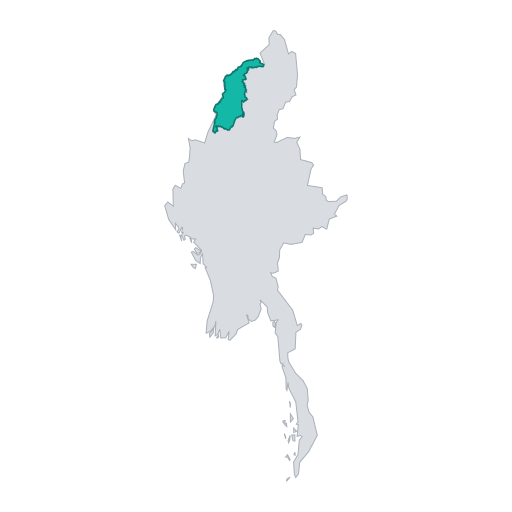 Hkamti, Sagaing, Myanmar (highlighted)
{"feature_id": "60261553B91156237471736", "entity_name": "Hkamti", "entity_type": "district", "adm_level": 2, "iso_a3": "MMR", "parent_name": "Myanmar", "parent_adm1": "Sagaing", "projection": "natural_earth1", "projection_center": [95.699, 25.834], "detail": "fine", "context": "in_parent", "style": "filled", "palette": "teal", "viewbox_px": 512, "rotation_deg": 0, "n_neighbors": 0, "source": "geoboundaries", "source_scale": "gbopen_adm2", "svg_char_len": 9200}
<svg xmlns="http://www.w3.org/2000/svg" viewBox="0 0 512 512"><path d="M326.7,229.2L321.9,226.6L318.4,229.0L313.1,228.1L313.7,233.3L310.7,235.0L305.3,234.5L302.1,242.4L291.0,244.4L283.7,242.9L279.7,249.9L279.4,257.9L277.5,262.7L278.3,271.0L273.6,273.2L270.7,272.7L272.3,276.6L276.0,278.2L278.2,286.8L277.5,290.2L292.6,310.0L297.3,325.6L300.8,323.5L301.9,325.1L300.5,329.2L295.9,332.3L295.2,348.8L287.7,352.8L287.9,358.3L288.9,362.2L295.6,373.2L303.1,380.7L307.3,388.7L308.2,400.4L307.1,405.2L309.1,412.3L312.9,416.9L317.3,435.4L308.6,451.7L299.7,462.4L298.6,473.7L295.7,477.5L294.3,473.9L293.6,462.0L298.0,454.5L299.3,440.0L302.1,436.9L300.6,435.4L297.1,436.4L298.3,424.7L296.3,424.2L298.0,421.7L295.8,402.1L288.9,388.3L288.0,382.3L286.9,390.4L286.1,388.8L285.9,378.0L281.9,366.1L282.3,365.1L284.2,366.1L282.5,363.4L281.1,364.0L279.9,361.1L277.8,336.6L275.2,333.1L276.1,322.5L278.0,319.8L270.8,320.9L267.5,312.0L267.2,307.1L260.0,299.7L261.2,302.1L260.0,304.5L261.2,308.7L258.3,316.4L255.4,320.0L251.4,321.4L248.4,319.2L247.7,315.1L246.5,315.0L249.2,322.8L237.7,329.5L236.0,334.1L230.0,340.3L228.2,339.5L229.1,331.2L225.7,337.8L220.8,338.0L219.8,329.2L217.9,334.3L215.1,335.9L215.9,321.2L215.1,325.5L210.5,331.3L206.1,333.2L207.1,321.1L213.1,302.0L213.6,295.7L210.4,280.4L205.1,267.5L206.6,267.3L203.1,263.7L202.6,254.1L200.4,257.5L200.2,263.5L195.6,260.4L191.3,252.1L193.0,251.4L198.1,255.3L200.9,253.1L201.6,250.4L193.8,242.3L195.7,239.0L193.2,239.1L186.4,235.2L184.5,235.9L185.3,239.3L183.9,240.3L181.3,235.1L183.2,232.5L181.6,232.4L182.7,227.8L182.0,227.1L178.9,233.2L177.0,231.8L179.1,228.7L178.3,226.9L175.4,223.2L175.7,229.7L168.7,219.5L164.7,205.6L167.8,202.0L173.3,206.2L172.9,189.0L175.2,185.3L180.8,188.4L182.4,184.0L184.6,182.9L183.2,171.1L185.0,163.5L188.7,162.2L189.6,156.1L190.1,147.7L188.4,138.5L191.7,140.7L195.6,139.9L204.6,143.0L207.9,132.2L216.4,114.6L213.3,110.6L213.8,108.1L221.2,98.8L225.0,90.6L223.3,83.2L224.9,77.1L231.7,73.3L246.3,61.0L257.1,59.3L261.6,64.1L264.6,64.5L260.0,53.1L269.2,44.6L268.9,37.8L273.2,30.7L275.6,31.0L277.8,34.5L280.2,34.4L284.5,39.6L288.5,54.0L291.6,51.4L295.6,53.5L297.5,74.7L296.5,87.0L294.1,89.8L296.0,94.9L292.2,96.7L289.5,101.6L285.7,102.0L283.0,108.7L279.2,109.7L277.1,115.0L277.6,119.0L274.5,121.3L273.4,128.1L276.2,130.8L277.0,134.5L274.2,142.2L276.6,142.5L287.3,137.4L294.8,138.4L299.9,137.1L296.7,142.3L299.9,149.1L300.6,159.6L311.8,162.6L313.7,165.3L311.2,168.5L307.4,185.4L322.2,187.8L322.7,194.3L325.9,196.7L326.3,200.3L328.3,201.5L336.3,201.3L340.9,196.8L346.9,194.9L347.3,198.6L346.0,201.3L339.4,205.1L335.0,212.9L334.7,214.6L336.8,216.1L329.2,219.2L326.7,229.2ZM195.8,247.6L200.6,250.7L199.6,253.0L196.7,253.2L194.4,249.1L195.8,247.6ZM290.4,413.8L293.4,418.7L290.4,422.0L290.4,413.8ZM195.3,268.7L192.8,266.9L191.1,264.3L196.4,264.3L195.3,268.7ZM294.8,434.8L294.9,441.2L293.0,440.6L291.7,435.1L294.8,434.8ZM213.1,333.1L209.9,337.2L209.4,333.7L213.8,328.6L213.1,333.1ZM274.9,327.5L273.0,326.2L272.8,322.4L274.3,321.4L275.4,323.2L274.9,327.5ZM288.6,442.7L288.1,440.6L290.2,435.3L289.8,439.9L288.6,442.7ZM287.5,454.7L290.1,459.5L289.6,460.5L287.2,456.7L285.7,457.0L287.5,454.7ZM296.6,431.2L293.8,432.5L293.6,428.1L296.6,431.2ZM290.1,477.1L286.5,481.3L287.0,478.9L290.1,477.1ZM180.5,235.8L181.7,241.0L179.5,234.8L180.5,235.8ZM290.4,403.6L290.3,407.6L289.4,401.1L290.4,403.6ZM191.3,239.5L191.7,242.8L189.7,238.1L191.3,239.5ZM286.8,426.5L284.7,424.5L285.4,423.1L286.5,423.4L286.8,426.5ZM285.3,420.7L284.0,423.4L282.7,421.8L283.7,420.6L285.3,420.7ZM285.6,436.5L285.7,438.9L284.2,433.5L285.6,436.5ZM218.0,337.9L216.5,337.8L218.5,335.2L218.7,336.2L218.0,337.9ZM295.2,455.2L293.9,454.7L294.9,452.1L295.2,455.2Z" fill="#d9dde1" stroke="#a8b0b8" stroke-width="1"/><path d="M245.7,88.7L245.7,88.1L245.6,87.8L244.8,87.4L245.0,87.3L244.9,87.1L245.2,86.9L245.2,86.5L245.0,86.4L244.9,86.0L244.6,86.2L244.3,85.9L244.6,85.8L244.3,85.7L244.3,85.8L244.1,85.5L244.1,85.8L244.1,85.3L243.9,85.2L244.2,84.9L244.4,85.0L244.3,84.8L244.5,84.8L244.2,84.7L244.6,83.9L244.6,83.6L244.3,83.5L244.2,83.6L244.1,83.4L244.2,83.2L243.9,83.0L243.6,82.9L243.5,83.1L243.4,82.9L243.4,83.1L243.3,82.7L243.0,82.5L243.1,82.3L242.7,82.1L242.3,81.8L242.5,81.7L242.5,81.3L242.9,81.0L242.5,80.4L242.6,79.8L243.3,79.6L244.2,79.7L244.7,79.5L245.3,79.6L245.8,79.5L246.0,79.3L246.1,78.9L246.0,78.6L245.7,78.3L245.8,78.0L245.6,77.5L245.2,77.2L245.0,76.6L245.1,76.2L244.1,75.8L244.4,75.3L244.3,75.0L243.9,75.0L244.5,74.5L244.5,74.0L245.7,73.4L246.3,73.3L246.7,72.4L247.0,72.4L247.4,72.2L247.5,71.5L247.1,70.5L247.4,70.0L247.9,70.4L248.1,70.3L248.1,69.8L248.0,69.5L248.3,69.1L248.8,69.0L248.8,68.8L248.5,68.4L248.1,68.5L247.6,68.5L247.5,68.4L247.3,68.4L247.0,68.1L247.5,67.8L248.5,67.6L249.1,66.9L249.5,66.9L250.1,67.2L250.6,67.2L250.6,67.4L251.0,67.7L251.5,67.7L251.7,67.2L252.2,67.7L252.4,67.4L252.8,67.5L253.0,67.4L253.9,67.8L254.2,67.4L255.4,67.1L256.4,67.5L256.9,67.3L257.3,66.4L257.8,66.4L258.3,66.6L259.5,66.2L260.4,66.2L260.7,66.5L261.4,66.3L261.6,66.5L262.2,66.8L262.6,66.4L263.2,66.5L263.3,66.2L263.5,66.0L263.9,65.1L263.2,64.3L262.4,63.9L262.2,63.6L260.4,63.2L259.7,62.7L259.6,62.2L260.2,61.8L260.2,61.1L259.8,61.1L259.5,60.8L259.4,60.3L259.0,59.9L258.5,59.0L257.8,58.7L257.6,58.8L257.1,58.6L256.5,58.3L256.4,58.7L254.8,58.5L254.6,58.5L254.3,58.9L254.4,59.2L253.5,59.6L253.3,59.9L253.3,60.0L252.9,60.4L252.6,60.1L251.6,59.9L251.0,60.0L250.6,60.3L250.0,60.5L249.5,60.2L249.3,60.4L248.6,60.2L248.0,60.4L247.9,60.8L247.0,60.6L246.7,61.0L246.4,61.0L246.2,61.3L245.5,61.3L244.2,61.9L242.8,63.1L242.5,64.0L241.5,65.5L241.4,66.1L240.5,66.4L240.3,66.7L240.0,66.8L239.9,67.0L239.1,67.1L238.4,67.0L238.3,67.4L237.6,68.3L237.5,68.5L237.3,69.3L237.4,69.6L236.8,70.2L236.5,70.2L235.8,69.7L235.3,70.4L235.0,70.4L234.9,71.1L234.5,71.9L233.8,71.8L233.5,71.5L233.2,71.4L232.7,72.0L232.0,73.5L231.5,73.6L231.1,74.2L231.0,74.6L230.5,74.8L230.3,75.0L229.8,75.0L229.6,75.3L229.1,75.2L228.4,75.8L227.5,75.7L227.4,75.1L227.0,75.1L226.6,75.8L226.3,76.0L226.0,76.0L225.7,76.2L225.7,76.4L225.3,76.7L225.4,77.4L225.1,78.1L224.9,78.1L224.5,78.5L224.6,79.0L223.8,80.1L223.6,80.7L223.6,80.8L224.0,80.7L224.4,81.4L224.3,81.9L224.9,82.3L224.8,83.6L224.9,84.4L224.8,85.0L224.9,85.5L224.6,85.9L225.2,86.4L224.8,86.9L224.8,87.2L224.7,87.7L224.8,88.4L224.7,88.9L224.7,89.1L225.3,89.4L225.6,89.4L226.0,89.8L225.7,90.3L225.5,90.9L224.6,92.2L224.1,92.8L223.3,93.1L223.2,93.3L222.5,94.1L222.7,94.5L222.5,94.9L222.9,95.5L223.0,96.1L223.3,96.5L223.2,97.5L223.1,97.9L222.2,98.3L222.0,98.7L221.0,99.6L220.6,101.0L219.9,101.4L220.2,102.0L219.9,102.2L219.5,102.1L219.1,102.3L218.8,102.7L218.8,103.1L218.3,103.9L217.7,104.2L217.3,103.9L217.1,104.1L216.6,104.4L215.9,104.5L215.6,105.7L214.9,106.3L214.9,107.1L214.4,108.2L213.9,109.4L213.9,110.2L213.8,110.6L214.1,111.1L214.4,111.4L214.6,111.3L215.0,111.8L215.5,111.9L215.8,112.2L216.1,112.0L216.3,112.3L217.0,112.6L217.1,113.9L217.0,114.2L217.1,114.3L217.1,115.0L216.8,115.7L216.4,116.1L216.2,116.6L216.4,117.1L216.5,117.5L216.3,117.5L215.9,118.6L215.2,119.1L214.9,119.8L214.6,120.9L214.8,121.6L214.4,122.4L214.9,122.4L215.0,122.6L214.9,123.1L214.2,124.7L212.8,130.9L212.9,131.2L213.3,131.3L213.3,131.8L214.2,132.1L214.5,132.7L214.8,132.9L215.2,132.9L215.5,132.2L215.8,131.9L216.2,131.0L216.4,130.9L216.6,131.2L217.0,131.3L217.7,130.9L217.6,130.3L217.2,129.9L217.3,129.0L215.8,126.5L215.9,126.1L216.2,125.9L216.5,126.0L216.6,126.8L217.3,126.5L217.5,126.5L217.6,126.9L218.0,126.7L218.1,126.1L219.1,126.2L219.8,126.7L220.2,126.6L220.5,126.2L221.1,126.5L221.5,127.1L222.0,127.0L222.7,127.4L223.8,128.5L223.8,128.4L224.0,128.5L224.2,128.4L224.8,128.7L225.1,128.7L225.1,128.8L225.6,128.8L226.1,129.3L227.6,129.6L227.9,130.2L228.7,129.9L229.3,130.0L229.7,129.4L230.9,127.3L231.2,127.1L231.2,126.8L231.4,126.7L231.6,126.4L231.9,126.3L232.3,126.7L232.6,126.5L232.9,125.7L233.1,125.6L233.3,125.1L233.7,123.5L234.4,122.2L234.5,121.0L236.2,117.9L236.3,117.9L236.6,117.7L237.0,117.7L237.4,117.5L237.9,117.6L238.0,117.0L238.5,116.8L238.7,116.6L239.1,116.7L240.0,116.7L240.3,116.4L240.3,116.2L240.5,116.0L241.7,115.9L241.8,115.7L241.9,115.8L242.0,115.7L242.3,115.7L242.6,115.3L242.4,115.1L242.4,114.8L242.5,114.7L242.5,114.1L242.7,113.6L242.9,113.8L243.0,113.7L243.0,113.9L243.3,114.0L243.4,114.4L243.3,114.7L243.3,115.4L243.2,115.3L243.0,115.5L242.9,115.4L242.7,115.7L242.6,116.9L242.9,117.1L243.3,117.0L243.7,116.1L243.9,115.9L243.8,115.6L244.1,114.6L244.0,114.4L244.0,113.9L244.0,113.7L243.5,113.6L243.7,112.9L243.4,113.0L243.6,112.6L243.4,112.5L243.4,112.0L242.9,111.7L242.8,111.2L242.4,110.6L242.3,109.7L242.3,109.2L242.2,108.8L241.9,108.2L241.7,107.9L241.8,103.7L241.6,101.0L241.9,100.5L242.0,100.6L243.5,101.6L243.5,101.8L243.7,102.0L244.3,100.8L244.5,100.7L244.8,100.9L245.3,100.6L245.6,100.6L245.8,100.3L246.0,100.4L246.6,99.7L246.8,99.6L246.5,99.5L246.4,99.2L246.6,99.1L246.8,98.7L246.7,98.4L246.8,98.2L246.5,97.9L246.4,97.6L246.0,97.5L245.9,97.6L245.5,97.4L245.3,97.0L244.9,96.7L244.8,96.3L245.0,95.9L245.0,95.4L244.8,95.0L244.7,94.4L244.2,94.1L244.7,93.5L244.9,92.6L244.8,92.2L244.9,91.5L245.2,91.4L245.7,91.4L245.9,91.1L246.0,91.2L245.9,90.8L246.2,90.0L245.8,89.9L245.7,89.7L245.9,89.7L245.5,89.3L245.7,89.2L245.7,88.7Z" fill="#14b8a6" stroke="#0f766e" stroke-width="1.5"/></svg>